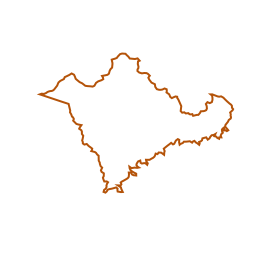 the district of Jacarezinho, Paraná, Brazil, rotated 291°
{"feature_id": "56859067B90346200090543", "entity_name": "Jacarezinho", "entity_type": "district", "adm_level": 2, "iso_a3": "BRA", "parent_name": "Brazil", "parent_adm1": "Paraná", "projection": "natural_earth1", "projection_center": [-49.952, -23.147], "detail": "fine", "context": "isolated", "style": "outline", "palette": "amber", "viewbox_px": 256, "rotation_deg": 291, "n_neighbors": 0, "source": "geoboundaries", "source_scale": "gbopen_adm2", "svg_char_len": 3861}
<svg xmlns="http://www.w3.org/2000/svg" viewBox="0 0 256 256"><g transform="rotate(291 128 128)"><path d="M186.0,88.3L184.4,89.3L183.1,90.2L181.7,90.7L178.7,91.5L176.6,90.6L174.8,90.4L171.9,90.7L170.3,89.8L169.3,88.3L167.3,85.1L166.1,86.6L164.7,87.4L163.1,86.1L160.9,83.5L158.7,82.0L155.4,81.5L154.0,80.2L153.4,77.8L152.6,75.2L152.1,73.0L153.3,69.2L153.5,66.4L154.5,63.4L155.2,61.5L156.9,60.1L158.4,58.5L158.7,55.8L156.5,54.2L155.0,52.8L152.8,50.7L150.7,50.6L147.7,47.9L145.6,46.8L143.8,46.7L142.2,46.7L137.6,45.3L136.4,44.7L135.3,43.6L134.5,42.0L133.6,40.8L132.7,39.9L131.2,38.9L129.7,37.3L129.1,35.1L127.8,33.6L128.8,56.2L129.2,63.9L123.4,67.9L121.9,68.2L120.4,70.1L118.6,71.6L118.2,72.9L117.0,74.2L115.2,74.2L113.3,78.4L113.5,80.6L114.0,83.5L111.3,82.8L109.8,82.7L109.2,85.2L108.2,86.2L105.9,87.1L104.7,89.0L101.3,89.6L100.1,89.6L98.6,90.9L97.4,91.4L96.9,93.2L98.3,95.2L97.1,97.7L96.4,100.4L95.9,102.0L94.7,102.2L93.3,102.0L93.7,105.6L93.4,107.0L92.2,108.7L91.6,110.5L89.4,111.4L87.0,112.4L85.6,114.0L84.4,114.6L82.6,116.1L81.7,118.1L80.3,118.0L78.8,117.9L77.6,119.0L77.0,121.7L74.4,122.6L72.6,122.4L71.3,123.4L69.6,125.0L70.5,127.3L70.2,128.8L68.4,128.4L66.5,128.5L65.4,129.1L63.4,129.0L61.7,127.9L59.6,128.1L59.6,130.1L61.2,130.9L63.2,131.2L64.4,132.7L65.4,134.4L66.7,136.2L68.3,138.3L67.6,140.0L66.4,140.3L65.0,141.1L65.6,144.3L66.4,146.0L68.7,143.6L70.0,142.7L70.8,139.1L71.7,141.7L73.1,142.0L74.5,140.7L75.7,141.4L77.2,142.7L80.0,145.0L81.2,145.8L82.7,146.2L85.2,145.5L86.7,144.7L87.5,146.7L86.1,148.3L85.9,150.0L86.6,152.7L88.3,152.0L88.5,149.8L88.8,148.0L89.4,145.7L90.8,144.1L92.4,143.2L91.8,145.6L93.4,148.4L94.1,150.9L95.0,152.3L95.3,150.8L96.4,149.1L97.9,148.9L100.4,149.4L102.0,151.1L100.0,152.3L99.8,153.7L100.8,155.3L101.4,156.8L100.5,159.1L102.1,159.1L103.7,156.8L104.8,156.2L106.1,159.6L107.9,161.0L109.0,162.0L110.6,162.9L111.9,163.1L114.0,163.0L114.2,164.9L116.1,165.4L116.9,167.9L116.3,169.9L115.9,171.3L118.3,170.6L119.6,170.5L121.5,168.8L123.6,170.0L125.8,171.3L127.7,172.5L129.6,173.6L128.8,175.9L129.8,176.8L133.4,177.2L135.5,178.5L135.3,180.1L133.0,180.8L130.9,182.2L132.2,183.0L133.6,184.5L135.3,185.1L135.9,186.8L136.8,188.6L137.8,190.5L137.3,193.1L138.7,193.5L139.8,194.6L138.8,196.6L138.6,198.0L137.8,200.5L139.1,200.5L140.5,199.4L141.6,200.7L143.0,201.5L145.0,201.2L145.9,202.4L147.3,204.4L145.7,206.6L147.5,207.8L149.3,208.0L151.2,208.7L152.3,210.6L153.7,211.7L151.3,211.6L151.6,213.4L150.7,215.0L150.6,216.9L152.0,216.6L152.7,218.5L154.1,217.3L155.7,217.3L157.5,218.2L158.3,217.2L160.0,216.3L161.2,216.5L162.9,217.5L161.6,218.1L159.9,218.1L160.8,219.7L160.5,221.4L161.8,222.4L162.6,221.1L163.5,219.3L164.2,218.1L165.9,217.9L169.7,219.1L171.6,219.2L173.7,220.5L175.0,220.3L176.4,219.3L177.7,219.0L179.1,217.8L182.1,219.3L183.3,219.4L184.2,217.8L186.0,217.0L186.7,215.9L187.2,214.1L188.4,210.9L189.6,208.1L190.5,206.2L190.9,203.6L189.9,201.9L189.6,200.3L189.6,198.2L189.6,194.6L189.0,193.1L188.4,194.9L186.5,196.0L184.5,196.8L182.2,197.0L180.5,195.4L180.6,192.9L178.3,192.1L176.7,193.6L174.4,194.7L172.7,194.6L171.6,193.6L170.8,192.5L169.7,190.0L167.8,189.8L165.5,189.0L165.0,187.7L162.7,184.4L164.0,183.1L163.2,181.8L162.9,180.4L163.5,179.1L162.3,176.7L162.8,174.9L161.7,173.1L162.7,171.1L167.5,169.9L172.7,164.7L173.6,163.3L174.8,162.7L174.5,161.1L173.3,159.8L171.6,158.2L172.2,156.3L174.2,154.4L175.0,151.2L176.4,151.0L178.0,150.2L178.0,148.0L176.2,146.3L175.3,144.7L174.8,143.2L174.6,141.0L176.2,138.7L178.5,137.4L178.8,133.7L180.7,130.6L182.2,129.0L183.4,129.2L184.6,129.6L185.7,127.2L185.9,125.7L185.2,123.5L184.0,121.4L183.8,118.6L184.6,116.4L186.1,115.9L187.4,116.2L189.0,115.8L191.3,114.2L193.8,113.5L195.0,114.7L196.4,112.0L194.9,109.8L193.5,104.7L194.7,102.9L195.7,100.4L196.4,99.1L195.4,95.8L194.1,94.1L192.6,93.5L190.9,92.8L189.5,92.5L188.3,91.3L186.0,88.3Z" fill="none" stroke="#b45309" stroke-width="2"/></g></svg>